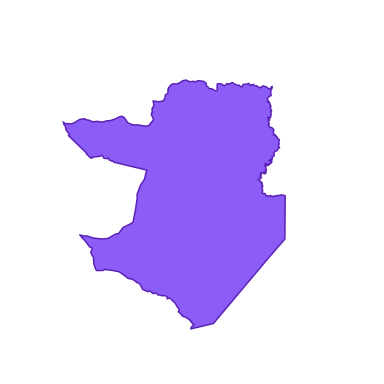 Chikankanta, Southern, Zambia (Natural Earth projection), rotated 330°
{"feature_id": "96606910B6098711564137", "entity_name": "Chikankanta", "entity_type": "district", "adm_level": 2, "iso_a3": "ZMB", "parent_name": "Zambia", "parent_adm1": "Southern", "projection": "natural_earth1", "projection_center": [28.303, -16.032], "detail": "fine", "context": "isolated", "style": "filled", "palette": "violet", "viewbox_px": 384, "rotation_deg": 330, "n_neighbors": 0, "source": "geoboundaries", "source_scale": "gbopen_adm2", "svg_char_len": 6054}
<svg xmlns="http://www.w3.org/2000/svg" viewBox="0 0 384 384"><g transform="rotate(330 192 192)"><path d="M314.1,140.6L313.6,140.6L311.9,141.5L311.1,141.5L310.3,141.2L308.6,137.6L307.9,137.3L306.9,135.8L306.2,135.7L305.2,135.9L304.1,135.6L303.7,135.9L303.1,135.4L302.3,135.2L301.9,134.6L301.3,132.5L299.8,131.7L299.0,129.6L297.8,129.3L297.2,128.9L295.7,128.9L295.5,126.3L293.0,125.8L290.3,124.5L289.2,124.8L288.2,126.0L287.5,125.9L286.8,125.0L286.3,123.2L285.0,122.5L283.5,120.7L282.3,118.8L282.0,118.0L281.5,117.3L278.4,117.2L276.3,115.5L275.6,116.1L275.0,116.0L273.6,116.3L272.2,114.7L271.8,113.5L269.5,111.6L268.0,111.0L265.7,114.4L265.2,116.1L264.1,116.6L263.2,116.1L262.6,115.7L260.6,112.2L259.3,111.8L258.4,110.4L258.3,108.7L257.8,107.9L257.6,107.2L258.5,105.3L258.6,104.7L258.5,104.0L257.7,103.2L257.4,102.0L253.2,98.7L252.5,98.5L250.4,98.4L248.3,96.7L245.9,95.8L244.4,94.4L243.3,92.6L242.8,92.1L240.7,91.3L239.3,91.0L235.4,91.2L233.4,91.0L231.4,90.0L229.8,88.8L226.8,88.8L223.3,90.3L222.8,91.1L222.0,91.7L221.9,92.3L221.0,93.8L220.0,94.5L217.3,94.7L215.9,96.8L214.9,97.6L214.1,97.8L213.8,98.3L212.8,98.7L211.7,98.3L211.4,98.5L207.3,96.6L205.9,95.2L204.0,93.8L203.5,94.4L203.5,94.9L202.1,98.2L201.2,98.8L199.9,99.2L198.4,101.0L197.6,103.2L196.6,103.4L195.8,104.1L195.4,105.1L195.3,108.2L195.1,109.5L193.5,110.8L190.3,111.7L189.1,112.7L185.9,112.4L182.5,110.0L178.7,106.8L176.8,105.9L174.3,104.1L172.9,102.6L171.0,99.9L170.6,94.0L169.4,91.7L168.8,91.2L167.2,90.7L163.9,90.4L162.8,90.5L157.2,89.4L154.1,87.9L149.6,86.7L147.2,85.2L145.4,83.4L143.4,82.7L140.9,81.3L140.3,80.6L139.3,78.9L136.9,76.9L135.4,74.7L133.7,74.1L132.0,73.3L130.7,73.0L124.3,73.2L121.7,72.7L118.9,70.8L117.5,70.3L116.7,69.5L115.5,67.4L114.8,69.9L115.3,71.0L114.0,75.4L114.5,80.9L113.2,81.4L120.2,105.8L119.6,106.1L121.3,111.9L121.9,112.4L122.0,111.7L126.5,113.4L130.2,115.1L131.8,115.0L132.1,115.2L132.6,116.0L132.6,118.5L134.4,120.3L135.0,120.6L136.0,120.6L136.4,120.9L136.3,122.7L137.8,125.0L138.8,125.3L139.3,127.2L163.9,150.5L161.3,152.8L157.3,157.1L150.9,160.3L143.2,166.6L141.3,170.1L134.2,179.1L126.1,188.4L125.3,188.8L121.9,188.8L115.2,188.3L114.1,188.4L108.1,191.1L106.4,190.9L104.8,190.2L95.7,190.2L93.4,188.9L91.9,188.4L90.0,187.1L88.0,186.0L87.1,185.1L83.8,182.7L78.9,177.4L76.7,176.3L73.6,173.3L73.5,174.0L74.1,177.6L75.1,181.2L75.8,188.1L77.4,190.7L75.9,192.7L74.6,193.1L74.1,193.6L73.8,197.5L74.1,199.0L74.0,199.4L71.1,205.1L69.9,211.0L70.2,212.4L76.0,215.6L77.6,215.4L84.1,220.3L89.1,224.7L91.3,229.7L92.1,231.2L93.0,234.0L94.8,236.3L96.3,237.1L98.0,240.0L99.0,242.9L99.9,243.8L100.8,245.7L100.6,251.8L104.0,256.3L106.3,256.8L107.3,260.2L108.7,261.1L109.9,261.1L110.6,262.0L110.9,263.9L112.9,265.5L113.9,266.7L115.7,267.6L117.3,268.9L118.1,270.3L117.1,272.0L117.5,272.1L117.8,271.9L117.9,272.2L118.5,272.2L119.4,272.7L120.4,274.6L120.8,276.5L121.8,279.8L121.8,284.9L122.2,285.8L122.1,287.7L121.3,288.1L120.8,289.0L120.4,289.0L120.8,290.0L120.9,291.1L121.8,292.6L121.5,292.9L121.3,294.1L121.9,294.5L122.4,295.7L123.1,296.1L123.4,296.8L123.9,296.9L124.8,299.3L125.2,299.6L125.3,300.1L126.0,300.7L125.8,301.2L126.2,301.4L126.7,302.6L126.5,303.0L126.2,302.8L126.1,303.5L126.4,303.8L126.4,304.4L126.8,304.5L126.5,305.9L127.1,306.6L126.9,307.0L127.3,307.7L126.7,308.0L126.5,308.4L125.5,308.3L123.9,308.6L123.5,309.5L123.0,309.4L122.7,310.0L144.7,316.6L226.5,286.9L248.9,279.2L270.8,241.9L269.8,240.7L267.9,239.2L264.3,237.9L263.7,237.4L262.7,237.7L262.5,237.4L261.9,237.4L261.7,237.0L261.1,236.9L261.0,236.6L260.8,236.8L260.3,236.4L259.8,236.5L258.6,235.3L258.3,234.4L257.9,234.5L257.1,234.0L256.7,234.1L256.4,233.8L255.9,233.8L255.9,233.6L255.5,233.7L255.3,232.8L254.6,232.6L254.3,231.0L254.5,229.9L253.9,229.5L253.6,229.6L253.3,229.1L252.6,228.6L252.5,228.2L252.8,227.4L253.3,226.8L253.3,226.4L253.8,225.8L254.2,225.8L254.2,224.8L254.8,223.4L255.6,223.0L255.6,222.3L256.2,222.0L256.0,221.7L256.4,221.4L256.3,220.9L256.9,219.7L256.6,219.2L257.1,218.9L256.9,218.5L257.1,218.1L256.2,216.1L256.5,215.8L256.7,215.0L255.9,214.5L256.8,214.5L258.4,213.9L258.8,214.3L259.0,213.7L259.4,213.8L259.4,212.8L258.8,212.0L259.7,211.8L260.1,211.5L260.6,211.7L260.8,211.2L261.2,211.3L261.4,210.7L260.8,210.5L261.0,209.9L261.4,209.8L261.9,210.3L262.7,210.3L264.1,211.2L264.0,211.8L263.5,211.8L263.6,212.3L264.0,212.2L264.6,212.6L265.2,212.1L265.6,212.4L266.3,211.1L267.0,210.5L266.8,210.4L266.1,210.6L265.9,210.4L266.9,209.9L267.5,209.8L267.8,208.5L268.4,207.4L268.4,207.0L269.5,206.2L268.4,205.8L268.2,205.3L269.3,205.1L269.7,204.1L270.7,206.6L271.2,207.1L271.6,206.3L272.0,205.8L272.6,206.8L274.9,206.5L275.1,206.0L276.1,205.9L275.3,204.9L275.7,204.6L275.5,204.2L274.9,204.0L274.7,203.6L275.5,203.7L275.9,202.8L276.3,202.8L276.1,203.9L276.7,204.6L277.3,204.0L277.3,203.6L278.1,203.4L278.6,202.9L279.1,201.4L280.1,201.8L281.5,201.6L282.4,199.4L282.8,198.9L284.1,198.3L285.8,198.7L286.5,198.6L287.7,197.8L289.8,197.4L290.1,197.1L290.1,196.7L289.7,196.3L289.8,195.2L291.5,194.0L292.5,191.6L293.7,190.5L293.7,190.0L292.7,188.4L293.1,187.7L292.8,187.1L293.1,187.0L293.0,186.4L292.5,185.5L292.4,185.2L292.8,185.0L292.4,183.7L291.7,183.7L291.2,183.0L291.8,182.4L291.9,181.9L292.4,181.4L292.6,180.7L292.6,180.3L293.1,179.6L293.7,179.5L293.9,179.1L293.9,178.2L293.3,176.1L292.1,175.4L291.6,173.9L291.5,172.3L292.4,172.1L292.2,171.7L292.3,171.3L293.0,171.2L293.2,170.8L293.6,169.2L294.2,168.3L294.2,167.7L295.0,167.9L295.2,168.5L295.3,168.5L295.3,167.5L294.6,167.2L294.6,166.6L295.1,166.0L294.9,165.5L295.6,165.3L296.1,165.7L296.3,166.7L297.2,166.8L297.9,165.8L299.2,164.7L299.3,163.7L300.5,162.4L300.6,161.7L301.5,161.5L301.6,161.1L301.2,160.3L301.9,159.5L301.8,159.0L302.1,158.5L302.1,157.8L302.5,157.1L303.1,157.2L303.4,156.9L303.2,155.4L303.5,155.2L303.9,153.5L303.8,152.1L303.7,151.8L303.4,152.1L302.6,152.2L302.6,151.8L302.7,151.4L303.3,151.3L303.9,150.1L303.8,149.0L304.5,148.2L306.2,148.2L307.1,147.5L308.0,148.1L308.9,147.9L309.2,146.9L310.8,143.7L311.2,143.2L312.3,142.9L312.8,142.1L313.4,141.9L313.9,141.3L314.1,140.6Z" fill="#8b5cf6" stroke="#5b21b6" stroke-width="1.5"/></g></svg>